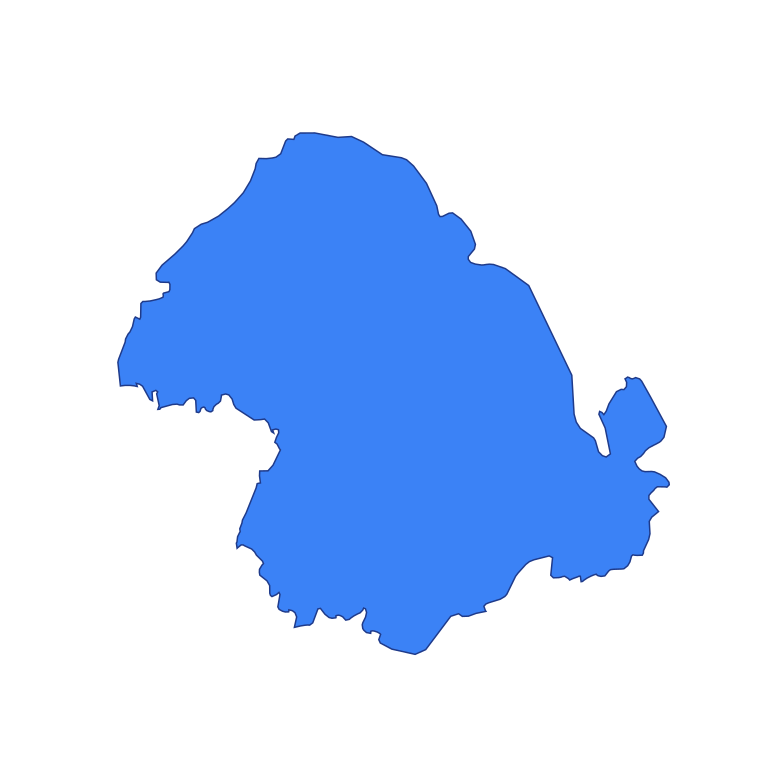 the Province of Southern Savonia, rotated 247°
{"feature_id": "FIN-3189", "entity_name": "Southern Savonia", "entity_type": "Province", "adm_level": 1, "iso_a3": "FIN", "parent_name": "Finland", "parent_adm1": "", "projection": "orthographic", "projection_center": [27.591, 61.902], "detail": "fine", "context": "isolated", "style": "filled", "palette": "blue", "viewbox_px": 768, "rotation_deg": 247, "n_neighbors": 0, "source": "natural_earth", "source_scale": "10m", "svg_char_len": 4743}
<svg xmlns="http://www.w3.org/2000/svg" viewBox="0 0 768 768"><g transform="rotate(247 384 384)"><path d="M465.2,172.6L467.3,171.5L467.3,167.4L458.9,164.4L461.3,162.4L476.3,160.9L479.2,159.1L481.4,156.2L478.1,155.9L478.7,155.0L479.7,153.7L481.9,149.8L483.9,145.1L485.2,140.6L507.9,147.5L510.5,149.4L523.7,162.1L526.4,163.7L530.0,168.0L531.2,170.5L535.1,174.9L541.5,179.5L542.8,181.3L539.1,184.5L540.6,186.1L553.1,191.7L554.2,194.3L553.3,196.4L551.8,201.2L550.7,207.0L550.2,210.4L550.2,214.4L550.7,214.8L551.6,215.4L553.3,215.8L553.8,216.6L553.1,221.5L553.1,222.3L554.6,223.8L559.4,225.9L561.8,225.7L562.2,224.3L565.2,217.8L568.9,215.2L575.1,217.6L580.1,226.1L585.3,242.3L589.6,253.0L592.1,258.0L598.0,266.8L601.1,270.2L602.5,278.2L601.8,284.7L603.2,297.4L606.5,309.0L609.4,317.3L615.0,329.2L623.1,340.4L632.4,349.5L637.0,352.5L640.5,357.0L637.4,363.8L635.7,369.4L635.0,373.2L636.3,378.9L646.1,388.4L647.2,391.1L644.4,396.6L647.0,399.0L647.8,404.8L642.1,418.4L629.0,438.0L624.5,450.8L614.6,459.7L595.7,472.1L585.5,488.4L581.6,492.4L573.1,496.4L552.1,501.5L527.4,502.2L518.9,500.5L516.2,501.0L515.4,503.3L515.8,510.6L514.7,514.0L505.7,519.4L490.7,523.6L476.8,522.7L472.9,520.0L468.4,511.4L465.9,510.3L462.1,511.2L458.7,514.9L455.4,520.3L454.7,522.2L454.1,524.7L453.1,527.9L451.2,531.5L442.8,540.8L418.1,555.7L318.7,560.3L282.0,547.2L273.8,546.1L266.4,547.4L252.5,555.9L249.2,556.4L237.8,555.0L232.7,557.0L230.0,560.0L231.2,565.1L257.1,570.4L272.2,570.0L274.5,571.8L272.6,573.5L269.9,574.4L272.2,578.0L277.8,583.3L286.1,595.0L286.4,600.2L285.1,602.7L286.8,606.1L290.7,608.0L294.6,607.9L294.7,608.8L295.0,610.3L295.2,610.9L294.1,612.2L292.8,613.1L291.7,614.5L291.5,616.4L291.6,618.1L288.8,621.3L285.9,622.3L267.6,624.3L234.6,627.4L225.6,620.9L223.3,616.6L222.8,614.7L222.4,610.5L222.3,608.3L221.8,602.9L220.4,598.5L218.6,595.7L217.0,592.0L216.6,588.5L214.8,584.6L209.4,584.8L206.1,585.8L203.1,587.6L201.3,590.1L198.9,596.2L197.4,598.7L192.9,602.9L187.6,606.6L182.2,607.9L179.8,607.2L178.5,604.1L179.3,602.9L182.6,595.5L181.9,592.7L180.7,590.7L179.4,587.2L177.9,584.3L174.4,582.8L159.3,586.9L156.8,578.4L153.9,574.5L142.2,570.3L137.4,566.8L129.2,557.8L127.0,556.7L125.5,554.9L127.3,550.1L128.6,547.6L129.5,546.4L128.9,544.6L124.2,540.9L121.5,537.3L120.2,532.7L120.8,530.6L123.7,523.1L124.6,520.0L124.2,518.1L123.6,516.9L121.7,513.5L121.1,512.3L122.1,508.6L123.9,506.1L125.6,505.0L126.0,505.0L126.3,502.5L126.3,499.4L126.0,495.1L125.3,491.5L124.7,489.6L125.0,488.2L130.3,489.6L130.9,488.6L130.8,487.0L131.1,481.8L131.0,478.3L132.7,477.8L136.4,475.2L137.0,473.1L137.0,471.5L137.5,469.2L139.4,464.2L142.8,462.8L158.3,471.3L161.2,468.9L163.6,453.4L163.7,448.5L162.5,444.0L157.6,433.5L155.6,430.0L142.4,414.8L141.2,412.2L140.5,407.0L141.7,395.1L141.7,391.9L140.4,389.1L135.9,388.8L134.9,389.0L136.9,379.1L137.3,371.0L139.5,365.3L143.4,362.9L144.1,354.7L123.2,318.6L123.0,307.0L136.9,287.6L147.0,279.4L150.7,279.3L154.9,283.1L156.1,282.6L158.3,280.9L160.3,278.6L161.2,277.2L161.6,275.3L161.1,274.9L160.4,274.7L159.7,274.3L162.1,270.7L165.3,269.2L167.2,268.9L170.9,269.9L172.5,271.2L176.6,275.9L180.5,278.7L184.3,279.1L185.7,277.7L184.2,276.1L182.7,272.6L182.7,270.1L182.3,265.6L181.5,261.8L180.9,260.1L181.6,256.5L185.9,255.0L188.1,253.1L189.1,251.6L189.5,249.3L189.1,249.0L188.0,248.7L187.6,248.3L188.7,244.6L190.5,242.2L195.1,239.7L202.3,237.8L202.8,235.3L192.0,225.1L191.1,221.4L192.1,219.3L192.8,217.1L193.9,212.7L195.0,206.4L203.7,212.6L208.3,212.7L211.1,211.1L213.3,208.2L211.9,207.5L211.5,207.2L212.7,204.1L214.5,201.8L217.5,199.4L220.3,199.2L230.9,206.0L233.2,205.9L232.2,202.8L232.1,197.8L233.8,196.9L236.0,197.1L243.1,200.0L248.5,199.4L256.6,195.0L259.4,195.7L262.1,197.0L265.0,201.0L265.8,202.9L268.5,202.9L276.3,199.7L279.9,199.3L283.8,197.7L289.7,192.3L290.8,191.6L291.7,189.7L290.5,185.4L290.2,184.6L295.2,185.9L296.0,186.9L300.7,189.6L303.9,193.3L304.2,193.9L307.1,194.7L311.5,198.9L314.0,200.5L319.2,206.7L338.3,225.7L341.8,228.3L341.7,229.4L341.3,231.1L341.2,231.6L348.1,233.5L352.5,235.6L349.4,243.3L352.6,250.1L363.8,262.9L365.2,262.5L370.5,262.1L373.0,260.7L376.8,264.1L380.2,268.0L383.2,269.0L384.8,266.9L385.3,263.5L382.0,263.3L384.2,261.8L393.5,262.3L398.4,260.4L399.4,256.5L401.6,250.4L419.6,238.3L423.9,237.7L429.4,238.3L434.6,236.9L436.7,234.3L437.3,230.0L436.4,229.6L432.2,226.8L431.1,224.0L430.8,221.7L429.6,218.6L427.7,216.7L426.4,216.0L426.0,213.8L426.9,212.3L428.9,210.4L430.9,209.8L432.0,210.0L433.2,209.2L433.4,207.4L433.0,205.9L430.7,204.0L430.1,202.3L431.5,200.3L442.5,204.3L445.6,203.3L446.9,199.2L445.9,195.5L443.2,190.9L444.7,187.5L446.3,185.7L447.8,181.3L449.4,169.4L449.2,169.0L448.8,168.7L448.4,167.7L449.0,165.9L451.9,168.6L463.8,170.9L465.2,172.6Z" fill="#3b82f6" stroke="#1e3a8a" stroke-width="1.5"/></g></svg>